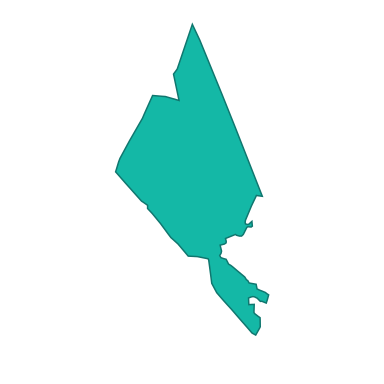 outline of Tijigja, Tagant, Mauritania, rotated 339°
{"feature_id": "47542326B404198781259", "entity_name": "Tijigja", "entity_type": "district", "adm_level": 2, "iso_a3": "MRT", "parent_name": "Mauritania", "parent_adm1": "Tagant", "projection": "equal_earth", "projection_center": [-11.566, 18.518], "detail": "fine", "context": "isolated", "style": "filled", "palette": "teal", "viewbox_px": 384, "rotation_deg": 339, "n_neighbors": 0, "source": "geoboundaries", "source_scale": "gbopen_adm2", "svg_char_len": 1543}
<svg xmlns="http://www.w3.org/2000/svg" viewBox="0 0 384 384"><g transform="rotate(339 192 192)"><path d="M127.9,145.8L133.2,160.2L141.6,182.4L142.9,184.2L145.8,188.5L144.6,191.5L147.2,197.9L151.3,210.2L154.7,222.6L156.0,227.1L156.6,228.2L160.3,235.5L165.5,250.5L173.8,254.2L183.1,260.1L183.2,261.6L180.0,275.0L177.7,284.4L178.0,286.8L179.0,294.9L182.7,305.1L184.4,309.5L186.9,315.9L190.3,325.4L192.7,332.0L195.0,338.2L197.5,345.2L200.2,348.4L206.0,343.6L207.4,342.3L209.8,335.8L210.5,333.7L209.0,331.5L207.9,329.6L207.4,328.9L207.1,328.3L206.6,326.8L209.8,319.2L204.7,317.5L206.8,311.2L209.5,311.2L211.1,311.4L212.6,312.1L214.8,314.5L216.6,318.6L218.1,319.1L221.5,322.3L223.7,319.6L226.7,315.5L225.6,314.0L224.5,312.1L222.0,309.7L220.0,307.9L218.0,305.8L218.8,301.1L214.5,298.5L212.7,297.4L212.3,294.6L211.4,293.5L210.8,290.3L209.6,288.1L206.0,281.7L203.4,276.9L201.9,274.4L200.3,272.4L200.0,269.2L199.7,267.0L197.9,265.7L195.4,263.6L195.1,261.2L197.1,259.7L198.4,257.8L199.2,251.7L203.7,252.2L205.6,251.7L206.3,250.2L206.6,247.4L217.4,247.2L218.0,248.3L220.6,250.2L222.5,250.9L224.7,250.0L230.4,244.8L231.6,244.4L234.7,245.9L236.1,245.5L237.4,240.9L233.2,242.5L231.8,242.0L230.5,240.9L230.7,239.4L231.8,237.5L242.6,226.2L250.2,219.0L250.9,218.3L251.7,218.8L256.1,221.2L255.5,146.2L255.0,112.3L253.7,53.1L252.4,35.6L222.3,71.9L217.0,75.3L212.7,101.9L201.3,93.3L198.7,92.1L189.8,87.8L179.4,98.1L175.3,102.2L172.2,105.4L151.9,121.9L136.8,134.8L134.3,137.6L129.8,143.4L127.9,145.8Z" fill="#14b8a6" stroke="#0f766e" stroke-width="1.5"/></g></svg>